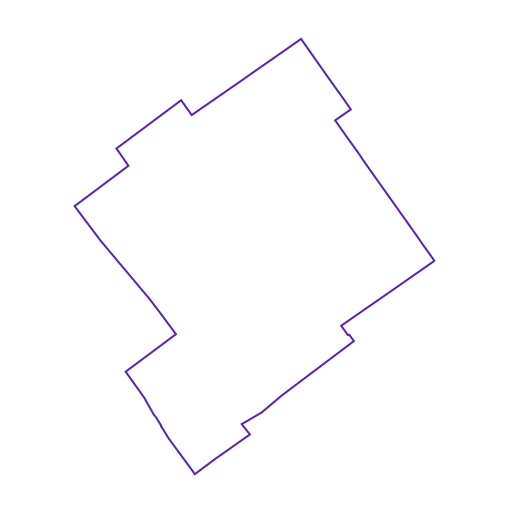 the district of Almirante Brown, Buenos Aires, Argentina, rotated 176°
{"feature_id": "61730980B85315219245745", "entity_name": "Almirante Brown", "entity_type": "district", "adm_level": 2, "iso_a3": "ARG", "parent_name": "Argentina", "parent_adm1": "Buenos Aires", "projection": "robinson", "projection_center": [-58.367, -34.832], "detail": "fine", "context": "isolated", "style": "outline", "palette": "violet", "viewbox_px": 512, "rotation_deg": 176, "n_neighbors": 0, "source": "geoboundaries", "source_scale": "gbopen_adm2", "svg_char_len": 763}
<svg xmlns="http://www.w3.org/2000/svg" viewBox="0 0 512 512"><g transform="rotate(176 256 256)"><path d="M157.7,369.4L167.6,385.8L151.2,395.6L158.4,407.7L163.8,416.4L175.3,435.2L195.9,469.4L268.0,426.2L310.3,401.1L319.8,416.6L387.7,373.0L377.0,354.9L433.5,318.4L425.7,306.4L409.9,282.0L364.8,220.0L355.3,205.5L341.3,183.6L394.1,149.7L377.3,122.3L370.7,108.4L369.1,104.9L367.9,103.4L366.9,102.0L366.0,100.1L362.7,93.9L362.7,93.1L355.5,79.5L340.4,55.7L336.0,48.8L333.0,43.9L332.3,42.6L310.1,56.9L274.5,78.4L282.0,89.3L261.3,99.5L240.0,115.1L164.3,164.3L168.4,170.9L169.8,170.7L175.9,180.5L117.8,215.1L79.4,238.1L78.5,239.0L88.2,254.8L95.7,267.4L118.0,304.0L135.6,332.8L144.1,347.0L144.3,347.7L157.7,369.4Z" fill="none" stroke="#5b21b6" stroke-width="2"/></g></svg>